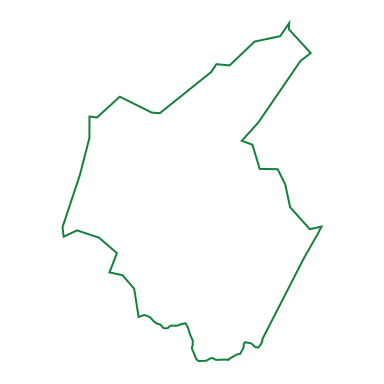 the district of Carter, Tennessee, United States of America
{"feature_id": "52423323B88226115005443", "entity_name": "Carter", "entity_type": "district", "adm_level": 2, "iso_a3": "USA", "parent_name": "United States of America", "parent_adm1": "Tennessee", "projection": "equal_earth", "projection_center": [-82.131, 36.306], "detail": "fine", "context": "isolated", "style": "outline", "palette": "green", "viewbox_px": 384, "rotation_deg": 0, "n_neighbors": 0, "source": "geoboundaries", "source_scale": "gbopen_adm2", "svg_char_len": 1127}
<svg xmlns="http://www.w3.org/2000/svg" viewBox="0 0 384 384"><path d="M89.5,116.5L89.4,137.7L86.6,148.9L79.8,175.2L62.5,227.3L63.7,236.7L76.9,230.4L98.9,237.6L116.9,253.1L109.5,272.4L122.5,275.2L134.2,288.8L138.6,317.0L140.9,316.2L143.8,315.1L145.4,315.2L149.4,316.9L151.4,318.6L153.0,320.5L155.5,322.8L157.6,323.8L160.2,324.5L162.2,326.6L162.9,327.5L163.6,328.0L165.9,328.4L168.0,327.9L169.1,326.7L170.2,325.8L172.0,325.6L177.3,325.7L180.4,324.4L185.5,323.2L187.9,327.6L190.0,334.3L192.7,340.5L192.7,344.8L191.8,348.3L196.4,359.3L198.6,361.0L206.2,360.8L210.0,358.6L212.4,357.9L214.8,359.5L216.8,359.9L224.7,359.6L227.9,359.8L228.4,359.9L228.7,359.2L236.6,354.6L240.3,353.7L243.7,347.3L243.7,344.6L244.9,342.2L251.3,343.4L255.1,347.0L258.2,347.6L260.9,344.3L262.5,340.2L262.3,339.3L304.3,257.4L317.7,234.0L321.5,226.6L309.8,229.2L290.1,207.2L285.2,184.3L277.7,169.2L259.7,168.9L252.4,144.7L241.8,140.8L258.4,122.4L300.5,60.9L310.7,53.1L288.8,29.2L289.2,23.0L280.3,36.1L254.6,41.6L229.6,65.4L216.4,64.2L211.2,72.0L159.8,113.2L151.7,112.6L119.8,96.7L96.9,117.5L89.5,116.5Z" fill="none" stroke="#15803d" stroke-width="2"/></svg>